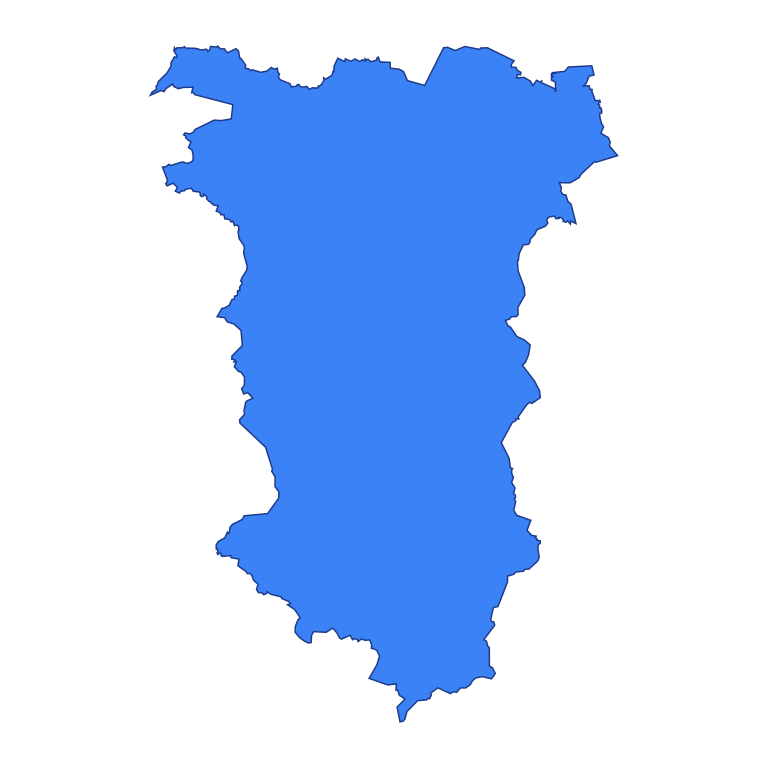 Ario, Michoacán, Mexico
{"feature_id": "50627088B27695640729090", "entity_name": "Ario", "entity_type": "district", "adm_level": 2, "iso_a3": "MEX", "parent_name": "Mexico", "parent_adm1": "Michoacán", "projection": "natural_earth1", "projection_center": [-101.712, 19.129], "detail": "fine", "context": "isolated", "style": "filled", "palette": "blue", "viewbox_px": 768, "rotation_deg": 0, "n_neighbors": 0, "source": "geoboundaries", "source_scale": "gbopen_adm2", "svg_char_len": 5961}
<svg xmlns="http://www.w3.org/2000/svg" viewBox="0 0 768 768"><path d="M491.5,678.8L495.3,673.5L492.5,667.8L489.4,666.1L489.3,647.6L487.7,646.1L486.5,641.2L483.8,639.7L494.7,625.3L493.8,621.8L491.6,621.6L490.6,619.9L493.4,607.5L497.9,606.6L507.5,582.0L507.6,576.1L513.8,574.3L515.5,572.1L523.5,571.2L524.9,569.3L529.0,569.0L537.9,560.8L539.2,557.2L537.9,549.0L538.3,544.6L540.3,543.2L540.2,540.8L536.8,540.3L537.1,539.0L535.4,537.9L536.2,536.2L531.7,535.4L527.0,530.3L530.8,520.3L516.8,515.3L513.7,510.3L515.7,501.4L514.1,499.0L515.5,497.7L515.4,495.2L513.6,493.6L515.0,487.9L511.6,482.5L513.4,477.5L511.8,474.0L511.6,470.3L512.5,468.5L510.4,467.9L509.1,458.4L501.3,442.7L512.2,422.6L515.9,420.6L516.0,418.9L518.8,419.0L518.2,416.8L526.6,404.9L529.6,402.2L531.7,403.5L540.3,397.6L539.5,390.7L534.6,381.2L522.3,365.1L525.4,362.4L528.5,355.0L530.2,344.9L524.2,339.9L516.9,336.5L510.6,327.3L507.8,325.6L505.4,320.3L509.3,319.2L511.5,316.7L516.4,316.6L518.1,314.7L517.9,307.4L524.8,295.2L524.3,287.5L518.1,270.8L517.4,260.8L518.3,260.4L519.2,253.5L523.3,244.8L528.1,244.4L529.8,242.7L530.3,239.0L534.5,234.7L537.0,229.7L545.2,226.3L547.8,223.0L546.6,220.1L548.5,217.2L554.3,216.0L556.0,218.7L558.8,218.4L558.4,217.6L559.4,217.3L561.8,217.8L563.7,220.8L563.2,221.4L566.2,222.2L567.6,221.0L570.4,224.1L570.7,221.0L576.0,223.6L571.0,204.0L567.9,201.5L565.9,195.0L562.9,194.6L560.8,191.3L561.3,187.3L559.3,182.7L570.1,182.8L579.0,177.7L581.1,174.1L594.6,161.6L596.1,162.2L617.6,155.6L609.3,145.8L610.2,142.4L608.4,137.7L600.8,133.2L603.6,126.9L601.5,123.6L599.9,117.2L599.7,113.5L601.7,113.0L601.7,110.2L600.9,107.8L599.5,107.9L599.6,105.0L598.2,104.4L599.1,102.3L600.2,102.3L599.8,100.3L595.3,100.8L591.9,91.3L592.1,89.4L589.9,89.2L589.1,85.8L583.4,85.9L586.3,83.1L589.0,76.2L594.0,75.0L591.8,65.8L568.4,67.0L564.7,71.4L551.8,72.7L556.6,73.3L551.5,73.7L552.0,75.5L550.7,75.6L552.9,76.6L551.6,77.4L551.3,80.0L555.4,82.1L555.8,91.9L554.8,88.7L541.1,82.5L542.1,80.2L540.8,82.4L536.7,80.3L532.8,85.5L530.5,81.1L523.9,77.4L516.5,77.8L517.4,74.5L520.5,74.9L520.9,72.4L517.0,70.1L516.1,67.5L511.4,67.0L511.3,64.4L514.1,60.9L487.5,47.8L480.6,48.0L479.7,49.4L464.8,46.5L455.2,50.5L447.5,47.3L443.6,47.7L424.7,85.5L407.4,80.6L403.6,71.7L399.6,69.3L390.2,68.1L390.2,62.4L380.0,61.9L378.3,57.1L377.0,57.9L376.5,60.2L370.8,61.7L368.0,59.2L366.4,60.0L365.1,58.7L364.8,61.0L362.4,59.8L359.6,61.4L355.1,59.0L350.9,61.2L345.3,58.9L344.8,61.6L337.8,58.2L334.1,66.0L333.8,71.5L333.0,71.5L331.9,75.3L325.8,79.1L323.6,77.8L324.0,80.3L321.6,84.3L319.2,86.4L318.3,85.9L317.7,88.1L312.3,87.8L309.3,89.4L306.9,86.5L301.9,87.2L299.7,86.1L299.0,84.5L297.1,84.8L296.5,86.3L291.2,86.8L290.1,83.8L280.1,79.7L278.4,76.9L279.4,74.0L277.8,71.9L277.3,68.2L274.4,69.2L271.2,67.5L266.8,71.2L260.7,72.3L252.4,69.8L250.6,70.5L248.5,68.8L245.1,68.2L245.8,65.4L241.1,58.6L239.7,58.0L238.5,50.9L236.0,48.7L227.4,52.8L224.4,48.8L220.6,48.9L217.6,46.1L216.3,47.1L210.5,46.4L209.8,49.6L207.9,51.5L206.6,49.2L201.2,50.0L195.6,48.3L186.1,48.1L184.2,46.7L183.4,47.6L176.8,47.9L175.6,49.7L174.4,47.7L173.9,51.0L177.1,56.0L176.8,57.4L174.3,56.9L170.9,63.1L171.1,66.2L166.9,73.1L158.2,81.7L157.5,84.9L156.1,86.2L156.6,89.2L152.3,91.8L150.4,95.2L161.2,90.5L164.0,91.7L165.8,88.7L172.5,84.1L173.8,86.5L178.3,88.7L183.5,87.4L193.1,87.3L191.6,92.7L192.9,92.3L194.9,94.7L232.8,104.6L231.3,118.9L221.2,120.6L214.2,120.1L194.8,129.6L193.9,131.7L190.3,133.9L184.9,133.0L183.6,134.7L185.8,136.1L185.7,137.6L187.8,139.9L191.0,141.9L188.4,147.5L192.0,150.0L193.0,154.4L193.2,159.6L191.6,161.9L187.1,163.4L182.5,161.9L170.5,165.5L169.1,164.3L165.8,166.7L162.5,167.1L167.2,179.3L167.3,181.6L165.7,183.7L167.1,185.9L173.1,183.2L177.4,187.4L175.3,191.2L179.4,193.1L181.0,191.2L184.5,190.7L185.3,189.4L191.3,188.2L193.3,191.3L199.7,192.0L200.5,195.7L201.7,196.6L203.3,196.1L203.9,194.1L206.6,196.6L206.8,198.8L208.9,201.4L210.9,201.8L211.2,203.2L214.2,205.3L218.2,205.6L216.2,211.1L220.1,212.6L220.7,214.7L224.0,214.8L224.8,218.9L229.6,219.5L231.0,221.9L233.0,221.4L234.5,225.6L236.2,224.9L238.6,226.2L238.8,230.3L238.0,231.8L239.1,238.6L243.9,245.6L244.4,248.0L243.6,253.1L247.3,266.5L246.6,270.4L241.9,277.8L240.7,281.2L241.9,281.5L241.9,284.0L239.7,286.9L239.9,290.3L237.6,290.7L237.4,295.4L234.7,296.2L234.0,299.4L232.0,299.5L229.3,305.2L224.2,308.2L222.1,308.2L217.1,316.7L224.6,317.7L227.2,321.8L234.0,324.0L241.0,330.4L242.4,345.4L231.9,356.1L232.1,358.8L231.1,359.0L235.2,360.1L234.0,361.9L236.3,361.7L234.3,366.8L238.5,371.4L241.5,372.5L244.5,377.2L244.4,385.2L241.6,388.7L243.7,394.0L247.6,392.6L253.0,398.2L246.9,400.9L245.6,402.6L244.0,410.6L244.6,414.2L239.6,419.7L239.9,423.0L265.6,447.3L272.5,469.2L271.7,471.2L275.1,476.8L275.0,486.6L278.8,491.7L278.7,498.1L267.6,513.6L244.2,515.8L242.2,519.5L232.4,524.4L230.0,527.3L229.2,533.4L227.4,532.1L224.8,537.8L218.4,541.4L216.2,544.8L216.3,549.2L217.5,549.2L217.8,551.8L217.0,552.9L218.0,554.5L220.2,552.6L221.5,554.4L220.9,555.4L222.4,556.4L230.8,555.6L231.1,557.7L239.0,559.1L237.9,565.7L246.4,571.8L247.1,573.6L249.8,573.5L251.8,575.4L253.7,580.3L258.0,584.1L256.5,589.6L258.7,592.8L261.4,592.5L263.7,594.6L266.5,593.6L267.1,591.7L270.9,594.3L281.1,596.8L281.9,598.6L288.8,601.5L290.4,603.6L287.5,604.7L294.6,609.5L300.1,617.4L298.0,619.9L295.3,626.6L295.1,632.2L299.8,637.8L304.8,641.3L308.2,642.9L311.1,642.7L311.6,635.1L313.7,631.6L326.1,632.3L332.7,628.1L336.9,632.9L339.6,638.0L341.5,639.1L350.1,635.3L352.6,639.7L355.0,638.6L357.3,639.5L358.2,641.6L361.2,639.0L365.5,640.3L369.7,639.9L371.7,645.1L371.3,649.0L371.5,648.1L376.7,650.1L379.5,656.0L377.0,664.6L369.1,678.4L387.7,684.9L396.3,683.9L396.0,690.2L397.7,690.3L399.4,695.3L405.1,699.1L397.1,707.0L400.0,721.9L403.0,721.2L404.8,719.3L407.0,711.5L417.7,700.6L426.7,699.9L427.9,698.2L429.6,698.8L431.3,695.2L430.6,693.2L437.8,687.8L450.4,693.6L453.2,691.7L456.7,692.3L460.5,687.9L465.7,687.9L470.3,684.7L472.3,681.0L475.5,678.1L482.2,676.6L491.5,678.8Z" fill="#3b82f6" stroke="#1e3a8a" stroke-width="1.5"/></svg>